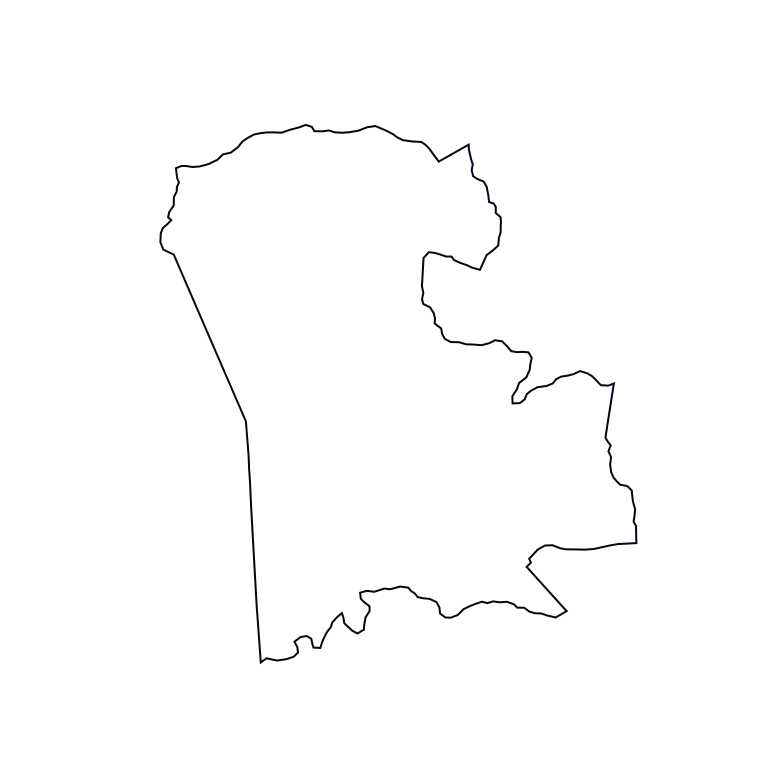 outline of Uruoca, Ceará, Brazil, rotated 249°
{"feature_id": "56859067B73687769922526", "entity_name": "Uruoca", "entity_type": "district", "adm_level": 2, "iso_a3": "BRA", "parent_name": "Brazil", "parent_adm1": "Ceará", "projection": "equal_earth", "projection_center": [-40.696, -3.323], "detail": "fine", "context": "isolated", "style": "outline", "palette": "ink", "viewbox_px": 768, "rotation_deg": 249, "n_neighbors": 0, "source": "geoboundaries", "source_scale": "gbopen_adm2", "svg_char_len": 3202}
<svg xmlns="http://www.w3.org/2000/svg" viewBox="0 0 768 768"><g transform="rotate(249 384 384)"><path d="M145.0,562.6L155.5,566.3L161.1,568.4L166.1,567.7L170.5,570.3L177.2,573.6L185.2,574.3L190.2,575.6L195.9,577.1L201.6,574.5L205.4,568.3L210.0,566.3L214.6,564.7L220.2,564.5L227.7,566.2L234.3,569.8L240.7,569.4L245.5,573.6L250.3,572.2L254.5,571.5L265.6,577.8L302.1,598.8L302.1,592.8L305.2,586.0L312.4,583.1L317.3,580.7L321.4,577.3L325.8,571.6L325.3,564.1L326.1,558.0L327.4,552.0L326.8,546.4L324.0,541.7L323.9,535.0L326.0,526.1L325.1,519.2L323.4,513.7L319.2,509.8L317.5,503.9L319.8,497.1L326.5,499.4L331.5,506.2L336.5,510.5L339.2,519.3L345.1,525.2L350.2,527.8L355.5,531.3L361.8,530.2L364.5,524.5L366.2,519.3L369.1,514.5L375.2,512.4L381.6,509.5L385.1,503.3L384.4,497.1L385.2,489.2L389.2,480.7L391.6,474.9L396.0,469.2L399.3,461.3L404.4,456.9L410.0,456.2L415.3,457.3L422.3,453.0L427.1,455.2L432.4,455.8L439.0,454.5L444.5,449.4L449.4,449.8L454.8,453.3L461.8,454.5L487.5,466.1L491.0,473.1L488.0,478.7L484.5,483.2L480.7,487.7L478.8,492.7L474.6,493.8L470.0,498.3L465.3,503.9L461.0,508.0L456.2,514.5L462.0,520.4L467.6,526.0L469.5,532.9L472.3,540.3L479.4,543.7L483.8,547.3L490.0,549.7L493.9,551.5L498.1,552.6L503.5,549.6L509.2,551.8L513.2,551.1L516.2,547.3L522.8,549.0L531.0,550.5L537.1,549.7L541.9,544.7L546.0,541.7L552.0,542.4L557.3,545.6L562.5,545.8L566.9,546.5L572.4,547.3L577.1,548.8L572.0,514.8L587.8,510.5L592.5,508.4L596.6,505.6L600.1,497.7L604.9,489.0L609.2,485.0L614.3,481.7L620.2,476.4L627.9,468.4L629.7,460.7L629.7,450.9L631.3,442.6L633.4,435.4L636.7,428.0L640.4,423.5L642.0,416.9L645.0,409.6L649.9,408.8L654.0,403.7L654.0,396.3L655.0,387.7L655.3,378.5L658.2,371.7L661.0,364.4L662.4,358.8L663.5,352.2L662.6,345.2L661.1,338.6L657.3,332.4L654.9,323.7L656.1,315.9L653.0,308.8L652.2,298.8L653.2,289.6L655.3,282.8L658.2,277.8L660.2,273.0L660.0,267.1L654.5,265.7L650.4,264.7L645.5,264.7L642.1,261.2L638.0,259.5L633.7,254.7L626.0,251.7L621.4,245.0L617.0,242.2L613.2,244.1L610.9,239.0L608.8,233.4L604.7,229.6L596.6,226.1L588.6,226.1L580.2,234.1L480.7,238.2L398.7,241.7L365.9,232.0L352.6,227.5L345.7,225.4L340.3,223.7L316.2,215.7L223.1,185.8L168.2,169.2L170.0,176.0L166.7,181.1L164.1,185.2L162.1,194.4L161.7,201.8L164.1,207.5L169.5,208.8L175.5,208.0L177.7,215.4L176.4,221.6L172.3,224.8L167.2,224.0L163.2,223.7L160.4,229.9L165.6,234.1L169.5,238.1L173.0,242.0L175.9,247.1L179.9,250.3L183.1,256.5L185.2,262.6L180.7,262.4L174.8,261.2L170.5,263.3L165.0,266.0L160.6,269.8L161.9,277.2L166.7,279.5L172.7,283.1L177.3,289.3L181.8,290.8L187.4,287.3L191.8,285.4L197.7,286.9L197.1,293.7L193.5,300.5L192.9,310.9L190.2,316.2L189.1,326.5L185.2,333.7L181.0,335.1L177.3,337.7L172.9,339.2L170.1,343.5L167.0,349.6L161.5,354.9L155.3,355.6L149.6,354.1L144.1,357.6L141.9,362.4L141.9,370.0L145.3,377.7L145.9,384.7L145.9,390.7L145.7,397.3L142.4,402.0L141.9,408.1L138.9,413.4L136.6,420.7L131.7,426.4L127.5,428.2L124.8,434.8L119.6,438.0L115.9,442.7L113.5,448.4L109.5,453.3L104.5,460.5L106.5,473.1L162.2,451.6L164.5,457.1L168.8,456.9L174.4,468.4L175.5,476.4L173.1,483.5L167.2,490.0L164.3,495.0L161.0,503.3L157.3,512.4L154.7,521.1L153.8,527.3L152.3,537.1L150.7,545.2L145.0,562.6Z" fill="none" stroke="#020617" stroke-width="2"/></g></svg>